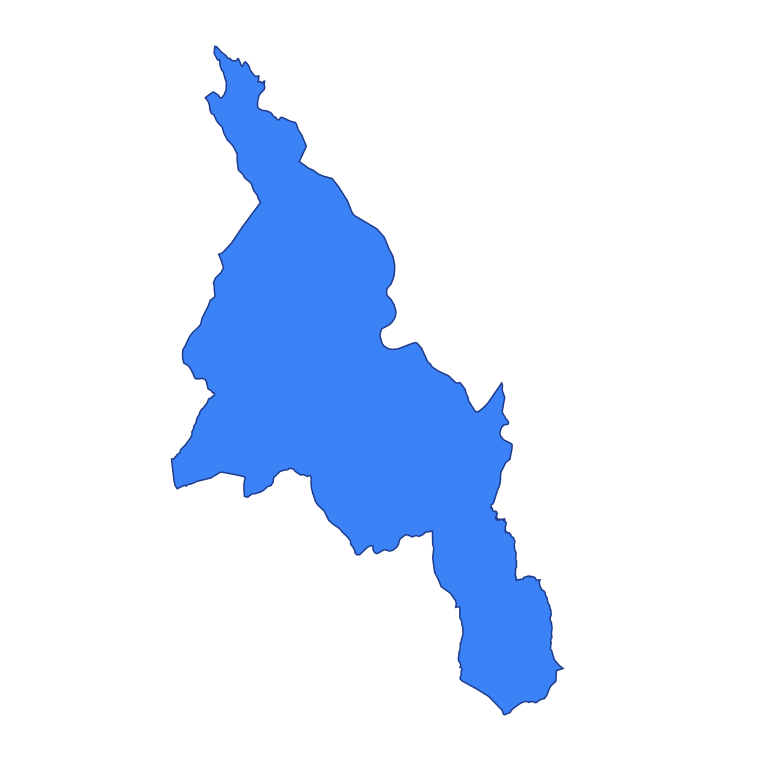 the district of Arcabuco, Boyacá, Colombia, rotated 8°
{"feature_id": "7082276B22585888594081", "entity_name": "Arcabuco", "entity_type": "district", "adm_level": 2, "iso_a3": "COL", "parent_name": "Colombia", "parent_adm1": "Boyacá", "projection": "equal_earth", "projection_center": [-73.422, 5.755], "detail": "fine", "context": "isolated", "style": "filled", "palette": "blue", "viewbox_px": 768, "rotation_deg": 8, "n_neighbors": 0, "source": "geoboundaries", "source_scale": "gbopen_adm2", "svg_char_len": 6139}
<svg xmlns="http://www.w3.org/2000/svg" viewBox="0 0 768 768"><g transform="rotate(8 384 384)"><path d="M500.4,366.6L489.7,388.1L486.2,393.1L481.3,398.3L478.4,398.7L470.2,389.0L469.0,385.5L466.6,381.8L465.2,378.1L461.2,373.9L458.9,372.0L456.8,372.9L454.7,372.6L447.2,367.1L435.9,363.6L429.3,360.4L426.8,357.4L425.2,356.8L423.5,354.9L416.3,343.5L411.2,339.0L409.7,338.6L407.1,339.4L392.8,347.3L387.7,348.6L383.6,348.5L378.7,346.3L376.7,344.4L374.1,338.7L373.2,336.0L373.6,331.7L374.2,329.6L381.2,324.5L384.1,320.5L385.6,316.7L386.0,312.8L385.6,310.1L383.0,304.2L379.6,299.8L374.8,295.8L374.1,294.0L373.7,292.0L373.9,288.7L377.1,283.9L378.7,277.1L378.9,273.7L378.3,266.8L377.8,264.0L375.1,256.4L370.2,249.5L363.9,238.7L355.4,231.4L331.1,221.2L328.9,219.2L322.3,207.7L311.7,195.1L304.0,187.7L294.9,186.6L289.6,185.2L284.2,182.2L279.2,180.8L269.2,175.5L274.0,159.3L268.2,149.4L263.7,144.2L261.3,139.2L259.9,137.4L254.2,136.7L246.5,134.2L244.5,134.5L243.3,136.9L241.8,137.3L239.6,135.0L237.1,134.2L235.7,132.3L233.6,130.8L229.3,129.8L225.9,130.1L221.8,128.8L220.6,127.8L219.9,125.6L219.6,121.7L220.0,116.5L220.9,113.8L224.3,109.3L224.6,107.2L223.7,104.0L223.7,100.7L223.1,100.7L221.3,103.1L219.5,101.6L217.2,102.3L217.4,97.7L217.0,96.2L215.2,97.2L212.7,96.7L207.4,91.3L207.2,90.0L206.1,88.2L203.9,85.8L201.7,84.3L200.5,85.9L199.9,88.5L198.9,89.1L194.5,82.0L194.0,82.0L193.4,83.6L192.0,84.7L188.4,84.8L186.1,83.2L183.9,83.0L181.7,80.7L176.1,77.5L171.5,73.3L169.4,73.2L169.8,80.2L173.9,86.0L174.5,86.4L176.2,86.0L177.4,91.7L179.4,95.5L181.2,97.0L186.0,107.8L186.7,114.7L185.4,119.7L184.0,122.5L182.9,123.4L182.0,123.4L179.7,121.0L174.8,118.6L173.3,119.2L167.1,125.4L170.3,128.4L172.0,131.2L173.6,137.1L175.4,140.1L178.2,141.2L181.6,146.7L184.3,149.4L188.0,152.0L190.6,158.0L195.1,164.4L198.8,166.9L202.0,170.1L206.6,176.7L207.4,182.9L209.8,191.7L211.0,193.2L214.8,195.8L217.5,199.4L224.2,203.4L228.1,210.5L232.2,214.7L233.7,217.9L236.4,221.5L221.9,248.1L213.4,265.6L205.8,276.6L202.2,278.6L204.6,282.4L208.9,291.2L207.1,296.3L202.4,302.4L201.0,307.3L202.4,311.1L202.9,314.7L204.3,319.9L204.3,321.2L200.3,325.3L199.0,331.5L194.6,344.3L194.2,350.3L192.7,353.0L187.7,359.2L185.7,362.4L184.0,366.5L181.8,374.1L180.2,377.5L180.2,381.2L181.0,386.6L182.9,391.2L187.7,393.1L191.0,396.7L196.2,404.8L199.4,404.9L203.4,403.7L206.1,404.4L207.6,406.1L210.3,413.0L211.3,413.8L213.4,414.2L215.5,416.6L216.9,416.2L217.8,418.0L215.4,421.1L214.7,421.2L214.4,422.2L212.4,423.1L211.5,427.3L208.4,432.8L206.9,434.4L205.4,437.9L205.4,439.7L203.6,443.6L203.0,449.3L201.4,452.5L201.7,454.4L200.4,458.3L200.9,460.8L199.9,464.2L195.8,471.9L191.9,477.1L191.3,480.5L188.8,482.9L188.2,484.5L187.5,485.0L186.8,487.1L184.0,487.9L189.6,509.3L191.3,513.5L193.7,516.5L200.4,512.2L202.6,512.6L203.4,511.0L207.1,509.7L212.7,506.3L225.5,501.2L234.0,494.3L236.1,493.8L251.8,494.6L258.3,495.3L259.6,495.9L259.2,502.0L260.2,509.2L261.5,514.8L264.9,515.0L268.8,511.0L271.0,510.8L277.3,507.9L280.6,504.8L282.8,501.9L286.2,500.4L287.8,496.7L287.7,492.3L293.1,485.2L297.2,483.1L300.6,482.3L302.1,480.8L304.6,480.6L306.7,481.2L308.2,482.9L313.8,485.6L317.0,485.0L321.2,486.2L322.9,485.0L323.9,485.1L325.4,488.3L325.2,490.0L325.9,494.2L327.4,499.2L328.2,500.5L328.5,502.4L329.6,503.7L332.4,509.8L335.4,513.1L342.5,518.2L348.3,526.7L352.7,529.7L360.3,533.5L363.4,536.5L368.7,540.3L372.6,543.9L373.2,547.1L376.5,550.6L378.2,552.9L378.6,554.9L380.4,556.8L383.6,556.5L390.5,547.8L393.8,545.9L395.3,545.8L396.4,549.9L397.8,551.8L399.6,552.8L401.1,552.8L407.5,547.9L412.4,548.7L413.8,548.3L416.1,547.2L419.2,544.0L420.6,541.1L421.3,535.3L426.4,530.3L428.8,530.2L433.2,531.5L436.9,529.5L439.7,530.1L443.2,528.0L445.8,525.0L452.4,522.9L454.6,536.5L455.7,538.1L456.2,541.1L456.4,549.4L460.3,563.3L465.4,570.6L468.8,576.7L478.9,582.0L485.0,588.5L486.1,591.2L486.1,595.2L489.1,594.1L490.1,594.7L491.7,604.9L493.9,608.3L494.9,612.2L495.9,613.9L497.1,621.1L496.3,626.3L496.4,628.7L495.6,629.9L496.3,636.1L495.6,639.4L496.0,643.2L495.7,644.8L496.5,648.0L497.5,648.8L499.1,651.3L498.7,654.0L500.4,654.5L501.0,655.2L500.4,657.3L500.8,661.5L500.2,665.1L502.6,667.2L517.8,672.9L531.1,678.8L546.4,690.6L548.3,694.4L549.2,694.8L550.4,694.3L554.7,691.6L555.6,689.2L557.4,687.1L563.1,681.6L566.4,679.4L569.2,678.5L571.8,679.1L574.7,677.7L578.3,678.5L579.4,678.1L582.5,674.9L586.7,673.1L588.6,669.5L590.2,662.4L591.5,659.4L595.6,654.3L594.6,643.9L600.9,640.8L596.8,638.4L591.1,633.4L587.1,624.7L585.6,622.9L585.5,616.5L584.7,614.8L584.7,613.5L585.6,612.0L584.5,607.4L584.4,602.2L582.8,596.5L581.4,594.9L581.2,591.5L581.7,589.3L580.6,584.4L579.9,583.5L578.8,580.3L576.5,577.4L575.3,573.1L573.6,571.3L572.5,568.0L571.3,566.7L568.8,565.7L566.4,562.0L565.2,558.2L565.9,556.3L562.1,556.8L561.2,555.9L560.9,554.9L558.0,553.9L556.5,554.8L555.9,554.7L555.7,553.9L554.4,554.4L553.7,554.0L551.6,555.0L551.4,555.5L549.2,556.1L548.6,558.2L546.5,558.3L544.4,559.3L543.1,559.1L542.8,559.7L542.4,558.8L542.1,559.2L541.9,557.2L540.8,555.7L540.2,550.1L539.8,549.3L540.8,546.9L540.3,545.3L540.5,544.3L539.8,543.3L540.0,541.1L538.6,539.1L538.8,537.5L538.3,532.9L536.5,529.8L535.4,525.3L535.5,521.1L534.4,520.2L533.8,518.2L531.3,517.3L530.5,515.4L529.5,515.1L529.0,513.9L526.9,514.3L526.1,513.2L525.2,514.0L524.8,513.6L524.7,512.6L523.9,512.1L524.5,510.6L523.9,508.6L524.5,506.4L523.9,504.9L524.4,504.3L522.8,503.2L522.4,501.4L521.8,502.2L521.6,501.4L521.2,502.0L520.9,501.2L520.1,501.8L518.9,501.4L517.9,502.6L516.9,501.8L516.2,503.0L515.0,501.6L515.1,502.5L514.6,502.9L514.6,501.4L513.7,502.0L513.4,501.6L513.9,500.9L513.1,500.5L513.6,500.0L513.3,499.2L514.2,498.6L513.8,496.9L514.3,496.4L513.2,495.6L513.2,495.1L512.6,495.3L512.5,494.5L509.5,494.6L508.2,491.6L507.1,491.8L507.0,488.8L508.3,487.8L509.2,485.6L511.0,474.4L512.5,468.7L512.8,464.2L512.0,456.6L512.3,454.5L515.1,445.9L515.9,444.4L519.1,441.2L519.7,430.6L519.4,426.6L518.7,425.5L510.3,422.6L506.7,419.3L505.7,417.1L505.8,413.3L506.3,411.2L507.7,408.7L508.8,407.7L512.0,406.7L512.6,406.2L512.6,405.2L512.5,404.1L509.2,401.0L505.2,395.9L504.9,393.6L505.4,380.5L502.3,374.5L501.8,372.9L501.5,368.5L500.4,366.6Z" fill="#3b82f6" stroke="#1e3a8a" stroke-width="1.5"/></g></svg>